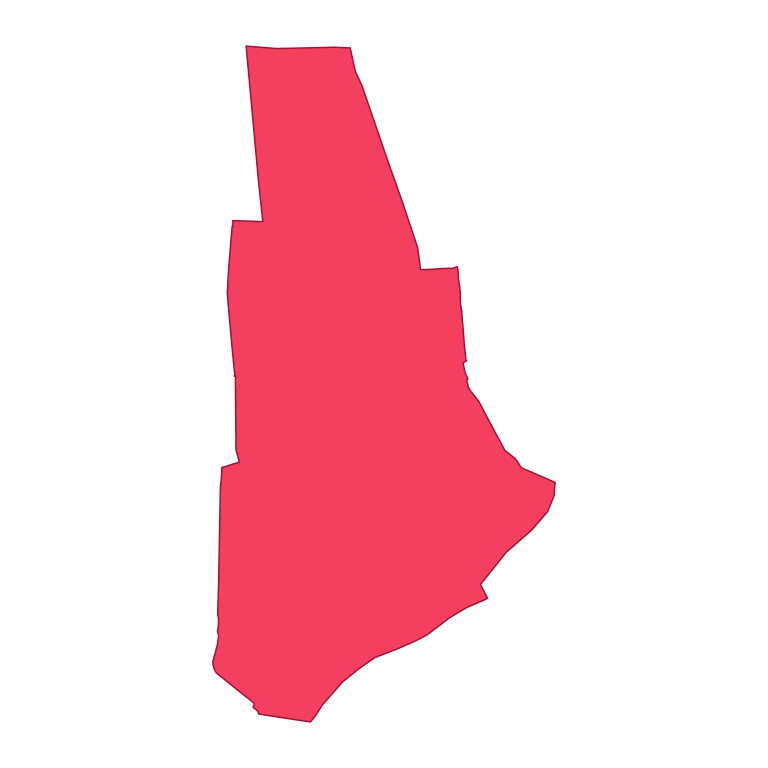 the district of Dichiseni, Calarasi, Romania
{"feature_id": "2599482B41972871086325", "entity_name": "Dichiseni", "entity_type": "district", "adm_level": 2, "iso_a3": "ROU", "parent_name": "Romania", "parent_adm1": "Calarasi", "projection": "natural_earth1", "projection_center": [27.525, 44.237], "detail": "fine", "context": "isolated", "style": "filled", "palette": "rose", "viewbox_px": 768, "rotation_deg": 0, "n_neighbors": 0, "source": "geoboundaries", "source_scale": "gbopen_adm2", "svg_char_len": 3373}
<svg xmlns="http://www.w3.org/2000/svg" viewBox="0 0 768 768"><path d="M350.2,47.9L349.5,47.9L342.7,47.6L334.6,47.2L327.4,47.4L310.2,47.8L293.7,48.2L288.8,48.3L282.5,48.4L277.7,48.5L276.3,48.5L271.0,48.1L246.1,46.1L246.3,47.3L246.7,52.3L249.6,83.9L251.8,108.0L254.0,132.0L258.4,180.3L262.8,221.6L232.9,220.6L232.9,226.2L232.2,226.1L230.9,240.8L229.4,260.2L228.8,266.9L228.4,273.5L228.0,278.7L227.9,281.7L227.7,285.4L227.6,287.6L227.4,291.0L227.3,293.2L227.5,295.6L227.7,297.8L228.0,301.7L228.2,304.0L228.9,312.2L231.0,335.4L232.0,347.2L233.2,359.0L234.1,368.1L234.5,371.8L234.8,374.7L234.4,375.4L234.3,376.1L235.2,376.5L235.6,376.5L235.5,379.1L235.4,383.8L235.5,389.0L235.5,394.6L235.6,399.8L235.6,404.6L235.6,409.0L235.6,412.9L235.7,416.5L235.8,421.1L235.8,427.3L235.9,432.1L235.9,433.9L236.0,436.3L235.9,449.1L236.0,449.8L239.4,462.1L221.9,467.5L221.4,477.6L220.4,487.6L219.6,529.6L218.6,582.9L217.7,615.0L218.2,617.0L218.6,617.6L218.4,622.7L218.6,623.8L217.5,631.4L217.6,632.0L217.9,633.1L218.5,634.7L218.6,635.7L218.3,638.4L217.7,642.5L217.2,645.3L215.4,652.4L214.2,656.3L213.7,658.8L213.0,660.9L212.9,662.6L213.1,664.6L213.6,666.9L214.5,669.8L215.4,671.2L216.0,672.5L216.9,673.4L223.6,678.8L226.5,681.1L227.6,682.2L231.0,684.8L238.2,690.6L243.1,694.4L247.5,697.9L253.0,702.3L254.2,703.5L254.0,704.8L254.0,705.1L253.2,706.5L253.1,706.9L254.1,708.1L257.7,711.1L258.7,713.9L258.8,714.1L290.1,718.9L305.4,721.2L310.3,721.9L311.3,720.9L314.1,717.6L317.1,713.3L317.1,713.2L322.4,704.9L330.8,695.3L342.3,682.1L358.7,668.9L358.8,668.8L374.6,657.7L377.9,656.4L388.5,652.3L395.4,649.7L416.0,640.7L427.0,634.9L431.1,631.8L435.2,628.7L449.6,617.7L466.4,607.7L471.4,605.5L484.2,600.0L486.8,598.7L487.6,598.2L485.0,593.3L480.9,585.4L480.4,584.5L485.1,578.7L493.3,568.5L506.1,552.4L518.8,541.3L531.5,530.2L539.6,520.9L547.7,511.6L550.9,503.6L554.1,495.6L554.6,489.0L555.1,482.4L521.4,467.8L518.5,463.3L515.6,458.9L504.8,450.3L489.2,421.3L481.1,405.8L478.9,401.5L473.8,395.0L470.5,391.0L468.5,387.5L468.2,386.5L468.1,386.1L467.7,384.4L467.2,382.6L466.6,380.0L467.2,379.6L467.8,379.1L467.7,378.8L467.7,378.4L466.3,375.3L465.0,372.3L464.0,367.4L463.2,363.3L463.6,362.8L463.9,362.4L464.3,362.1L464.6,361.8L465.5,361.3L466.5,360.8L466.1,359.8L465.8,358.7L465.4,354.6L464.9,350.5L464.4,345.1L463.9,339.7L463.8,337.3L463.6,334.8L463.4,332.4L463.2,329.9L463.1,328.5L462.9,325.8L462.8,324.6L462.8,324.4L462.8,324.1L462.6,322.9L462.4,321.6L462.3,320.5L462.3,319.3L462.2,317.9L462.1,316.4L461.9,314.8L461.8,313.1L461.7,311.5L461.6,310.0L461.4,309.3L461.2,308.7L461.1,307.7L461.0,306.8L460.9,306.2L460.7,305.6L460.2,298.4L460.2,298.0L460.2,297.5L460.2,296.9L460.3,296.3L460.4,295.8L460.5,295.3L460.4,293.7L460.3,292.0L460.1,290.5L459.9,289.1L459.6,286.7L459.2,284.2L459.0,282.6L458.8,280.9L458.7,280.7L458.7,280.3L458.6,279.9L458.5,277.8L458.4,275.7L458.2,274.1L458.1,272.5L458.0,270.9L457.8,269.3L457.6,268.4L457.5,267.6L457.4,267.2L457.4,266.8L457.3,266.7L454.6,267.6L451.9,268.5L450.4,268.4L449.0,268.2L447.2,268.4L445.4,268.5L444.2,268.5L443.1,268.5L436.9,268.9L430.7,269.4L427.6,269.5L424.5,269.6L422.9,269.6L421.3,269.6L420.4,269.7L419.9,264.4L419.2,259.3L417.6,247.4L410.2,225.3L402.8,203.2L398.4,190.7L394.0,178.2L391.0,170.0L388.1,161.8L377.7,131.5L364.7,93.7L362.2,86.2L358.8,78.9L355.3,71.5L351.5,53.9L350.2,48.0L350.2,47.9Z" fill="#f43f5e" stroke="#9f1239" stroke-width="1.5"/></svg>